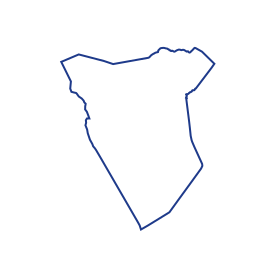 Azacualpa, Santa Bárbara, Honduras (Albers equal-area conic projection), rotated 285°
{"feature_id": "27666195B45825573496458", "entity_name": "Azacualpa", "entity_type": "district", "adm_level": 2, "iso_a3": "HND", "parent_name": "Honduras", "parent_adm1": "Santa Bárbara", "projection": "albers", "projection_center": [-88.529, 15.379], "detail": "fine", "context": "isolated", "style": "outline", "palette": "blue", "viewbox_px": 256, "rotation_deg": 285, "n_neighbors": 0, "source": "geoboundaries", "source_scale": "gbopen_adm2", "svg_char_len": 2921}
<svg xmlns="http://www.w3.org/2000/svg" viewBox="0 0 256 256"><g transform="rotate(285 128 128)"><path d="M33.3,166.8L39.1,172.6L57.3,189.8L71.2,195.1L91.2,202.8L107.7,209.1L110.4,209.6L110.7,209.6L112.5,208.9L126.9,197.0L131.1,193.7L132.7,192.6L136.6,190.6L143.9,187.8L150.5,185.2L171.1,176.8L171.3,176.9L171.3,177.0L171.5,177.1L171.8,177.2L172.0,177.1L172.0,176.9L172.0,176.7L172.1,176.4L172.3,176.3L172.3,176.2L172.5,176.2L172.8,176.2L172.9,176.3L173.0,176.3L173.3,176.4L173.5,176.4L173.6,176.5L173.8,176.5L174.0,176.5L174.1,176.4L174.3,176.4L174.5,176.4L174.6,176.2L174.8,176.1L175.0,175.9L175.1,175.7L175.3,175.5L175.4,175.4L175.5,175.4L175.6,175.5L175.8,175.7L175.8,175.8L175.9,176.0L176.0,176.3L176.1,176.6L176.2,176.8L176.3,177.0L176.5,177.3L176.8,177.5L177.0,177.7L177.3,177.8L177.5,177.9L177.7,178.0L177.8,178.0L178.0,178.2L178.1,178.3L178.3,178.4L178.3,178.5L178.5,178.7L178.5,178.8L178.8,179.1L179.0,179.3L179.1,179.5L179.3,179.6L179.4,179.8L179.5,179.9L179.6,180.0L179.8,180.1L180.0,180.1L180.3,180.3L180.5,180.3L180.8,180.3L181.0,180.4L181.1,180.5L181.2,180.8L181.3,181.0L181.3,181.3L181.4,181.5L181.5,181.7L181.5,181.8L181.6,182.0L181.8,182.2L181.8,182.3L182.0,182.4L182.2,182.5L182.3,182.5L182.5,182.5L182.8,182.6L183.0,182.6L183.2,182.8L183.3,182.8L183.5,182.9L183.5,183.0L183.7,183.3L207.7,193.1L212.4,194.8L220.9,179.7L222.7,172.6L222.7,171.8L222.4,171.4L221.8,171.1L220.3,170.3L219.5,169.9L218.7,169.3L217.7,168.8L217.2,168.5L216.8,167.9L216.8,167.5L217.0,166.9L217.4,166.4L217.6,166.0L217.2,165.3L217.0,164.7L217.3,164.0L217.8,162.2L217.9,161.6L217.7,160.7L217.1,159.6L217.0,159.1L217.1,158.3L217.0,157.3L216.9,156.8L216.5,156.2L215.8,155.2L214.9,154.3L214.2,153.7L213.8,153.2L213.7,152.7L213.8,152.0L214.0,151.5L214.1,150.9L213.9,150.6L213.6,150.1L213.5,149.6L213.8,149.3L214.0,149.0L213.8,148.4L213.8,147.9L214.1,147.5L214.5,147.0L214.5,146.1L214.8,145.6L214.8,144.9L214.7,144.3L214.7,143.4L214.7,142.2L214.5,141.2L214.1,140.2L213.7,139.2L213.0,138.4L212.2,138.0L211.2,137.4L210.6,137.2L209.7,137.3L209.1,137.3L208.7,136.6L208.5,136.1L207.7,134.8L207.6,134.7L207.4,134.6L207.2,134.4L207.0,134.2L206.8,134.0L206.6,133.7L206.4,133.6L206.3,133.4L206.2,133.3L206.1,133.2L205.9,133.0L205.8,132.9L205.7,132.8L205.6,132.7L205.4,132.5L205.2,132.4L205.0,132.2L204.8,132.0L204.7,131.9L204.4,131.7L204.2,131.5L203.9,131.4L203.7,131.3L203.4,131.1L203.2,131.0L203.0,130.9L202.0,130.4L201.8,130.2L201.5,130.0L201.4,129.9L201.3,129.7L201.2,129.6L201.0,129.3L185.9,97.1L186.5,87.3L186.3,61.4L174.6,46.4L158.2,60.8L151.1,62.0L148.3,64.0L148.3,66.8L148.4,68.7L148.0,69.5L145.7,72.3L144.5,75.7L143.0,78.0L141.4,79.2L140.5,80.8L139.2,81.0L138.1,81.0L134.8,81.8L133.0,84.1L129.8,86.4L127.2,88.2L126.6,85.9L124.6,85.3L122.2,86.2L119.6,86.2L116.0,88.9L112.5,90.5L106.8,94.3L103.3,97.7L101.3,99.1L99.8,101.3L98.4,102.9L92.9,108.5L39.4,162.1L36.9,164.5L33.3,166.8Z" fill="none" stroke="#1e3a8a" stroke-width="2"/></g></svg>